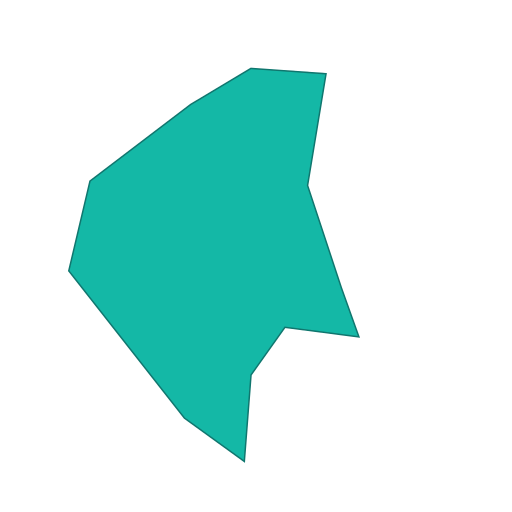 outline of Msida, rotated 235°
{"feature_id": "MLT-5940", "entity_name": "Msida", "entity_type": "state/province", "adm_level": 1, "iso_a3": "MLT", "parent_name": "Malta", "parent_adm1": "", "projection": "mercator", "projection_center": [14.482, 35.893], "detail": "fine", "context": "isolated", "style": "filled", "palette": "teal", "viewbox_px": 512, "rotation_deg": 235, "n_neighbors": 0, "source": "natural_earth", "source_scale": "10m", "svg_char_len": 325}
<svg xmlns="http://www.w3.org/2000/svg" viewBox="0 0 512 512"><g transform="rotate(235 256 256)"><path d="M365.1,417.9L284.2,338.7L181.0,307.7L130.7,293.9L181.0,238.8L161.4,183.7L94.4,128.6L164.2,104.4L351.2,94.1L412.6,163.0L417.6,289.4L412.6,359.4L365.1,417.9Z" fill="#14b8a6" stroke="#0f766e" stroke-width="1.5"/></g></svg>